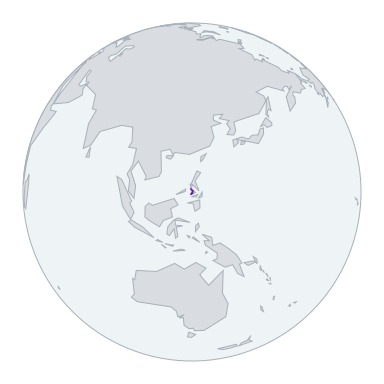 globe centered on Antique, rotated 22°
{"feature_id": "PHL-2526", "entity_name": "Antique", "entity_type": "Province", "adm_level": 1, "iso_a3": "PHL", "parent_name": "Philippines", "parent_adm1": "", "projection": "orthographic", "projection_center": [121.948, 11.272], "detail": "fine", "context": "on_globe", "style": "filled", "palette": "violet", "viewbox_px": 384, "rotation_deg": 22, "n_neighbors": 0, "source": "natural_earth", "source_scale": "10m", "svg_char_len": 9641}
<svg xmlns="http://www.w3.org/2000/svg" viewBox="0 0 384 384"><g transform="rotate(22 192 192)"><circle cx="192" cy="192" r="169" fill="#eef3f6" stroke="#a8b0b8"/><path d="M329.8,254.7L329.6,255.8L329.4,256.0L329.8,254.7ZM283.9,50.2L278.6,47.1L274.2,47.0L278.4,50.8L273.1,47.4L284.9,58.0L286.2,62.8L281.3,55.1L278.2,52.8L277.3,54.6L273.8,52.6L271.4,52.6L267.4,50.3L264.9,46.6L262.2,45.2L261.7,46.7L257.4,45.7L258.5,43.6L251.0,41.9L245.4,36.6L251.6,35.0L245.1,32.1L243.7,31.1L257.6,36.3L271.1,42.7L283.9,50.2ZM350.4,142.4L349.0,138.8L350.2,140.3L350.4,142.4ZM348.0,137.2L348.5,138.3L348.0,137.5L348.0,137.2ZM347.5,136.9L347.8,137.1L347.6,137.3L347.5,136.9ZM347.0,137.2L347.2,136.9L347.2,137.1L347.0,137.2ZM345.7,136.3L345.3,136.0L345.4,135.4L345.7,136.3ZM289.7,54.1L288.4,53.2L287.3,52.5L289.7,54.1ZM282.3,54.4L282.3,53.4L283.5,55.1L282.3,54.4ZM271.8,53.0L272.9,54.0L271.2,53.6L271.8,53.0ZM263.4,49.9L260.4,49.2L263.1,49.2L263.4,49.9ZM258.3,48.4L250.9,47.3L252.6,49.2L243.5,43.6L252.8,46.1L255.8,45.7L255.9,47.0L258.3,48.4ZM242.1,30.7L241.8,30.6L239.6,29.9L242.1,30.7ZM238.3,29.5L238.9,29.8L232.7,28.1L230.9,27.6L231.8,27.8L238.3,29.5ZM229.8,27.3L229.0,27.2L229.8,27.3ZM239.6,40.9L237.4,40.3L239.2,40.3L239.6,40.9ZM242.1,30.9L240.7,30.7L235.3,29.2L234.1,29.0L232.5,28.1L242.1,30.9ZM228.4,27.0L228.2,27.0L227.7,26.9L228.4,27.0ZM228.8,27.3L226.9,26.8L229.2,27.5L225.3,26.7L224.9,26.4L223.4,26.2L222.2,26.0L223.3,26.0L228.8,27.3ZM216.2,24.8L215.5,24.7L214.6,24.6L216.2,24.8ZM221.2,25.6L220.0,25.4L217.2,25.0L218.6,25.1L220.4,25.4L221.2,25.6ZM222.7,26.4L228.8,27.7L228.7,27.8L222.7,26.4ZM213.6,24.5L214.1,24.6L213.1,24.4L213.6,24.5ZM219.6,25.7L221.8,26.1L221.6,26.1L219.6,25.7ZM213.2,24.6L212.7,24.4L214.5,24.6L213.2,24.6ZM215.9,25.0L215.1,25.0L215.5,24.8L216.9,25.2L215.9,25.0ZM219.1,25.7L219.6,25.8L218.2,25.5L219.1,25.7ZM206.5,24.1L206.6,23.8L210.7,24.1L210.0,24.3L206.5,24.1ZM49.9,100.6L47.2,105.5L47.2,107.6L56.8,95.0L56.8,91.1L62.2,84.1L66.5,81.8L67.3,86.3L69.4,83.8L73.4,76.2L78.2,73.1L75.4,73.5L73.1,76.4L71.3,76.9L73.2,74.4L74.8,73.2L75.9,71.2L67.9,78.1L64.8,81.8L64.8,80.8L59.5,87.2L58.7,88.2L67.3,78.0L76.6,68.6L86.6,59.9L97.3,52.1L96.0,53.1L97.2,52.5L102.5,49.2L100.9,50.5L106.4,47.2L107.7,47.6L110.8,44.5L117.0,41.4L121.4,40.1L124.0,38.7L117.0,41.0L113.7,42.5L109.9,44.6L101.5,49.4L101.4,49.4L112.7,42.8L124.5,37.1L135.1,34.0L137.6,34.5L128.0,41.0L123.7,42.1L125.0,40.2L117.8,44.5L121.3,42.9L120.0,44.3L125.6,42.4L125.0,43.3L131.5,40.2L131.3,41.1L127.2,43.1L135.4,41.9L136.8,43.8L139.0,43.1L140.9,41.9L141.4,45.6L142.9,45.0L143.4,43.5L146.9,41.4L153.2,39.4L153.0,40.8L150.7,41.7L145.6,46.0L139.5,48.7L140.1,49.1L145.3,47.2L151.5,41.8L155.4,40.3L153.0,42.7L154.2,41.7L156.0,41.4L157.7,42.5L160.5,40.0L181.1,36.8L186.4,39.3L182.0,41.4L196.2,42.4L201.0,46.3L201.4,44.7L208.5,44.9L207.1,43.6L207.8,42.9L225.4,44.1L229.3,45.9L237.4,45.7L237.6,45.1L235.1,43.6L243.5,43.6L252.6,49.2L251.7,50.3L258.1,53.6L255.0,55.9L255.4,59.7L248.3,61.1L249.2,64.4L251.7,65.4L254.7,71.0L252.7,80.3L243.7,68.4L244.6,56.2L243.4,60.5L240.5,58.4L238.1,59.4L237.4,62.9L239.3,63.9L222.1,65.8L214.2,75.3L222.5,76.0L226.4,80.1L224.7,94.1L204.6,111.3L209.7,119.0L209.2,123.6L203.0,125.6L203.6,118.8L198.4,115.7L199.7,111.9L189.9,113.7L191.3,108.4L183.1,112.8L184.9,117.4L193.0,117.5L185.2,124.2L191.9,133.1L191.3,142.7L175.6,158.1L161.5,161.7L160.4,164.7L155.6,160.5L148.0,165.9L156.1,184.9L155.5,190.0L143.7,198.5L143.7,194.6L130.8,183.4L127.6,195.5L137.3,207.1L140.6,219.7L132.7,214.9L129.5,203.8L125.0,199.5L126.8,188.9L124.2,172.4L116.4,174.3L117.6,168.0L112.9,154.1L101.9,156.5L84.1,170.4L80.6,186.3L74.9,192.4L70.5,167.4L72.7,151.7L68.5,152.2L66.1,137.7L54.6,132.8L55.2,128.6L52.5,129.6L51.3,124.3L53.2,117.7L51.3,117.1L46.8,134.8L49.1,135.6L54.2,130.6L52.3,136.6L53.8,143.4L43.8,155.4L30.5,162.2L33.0,150.0L43.1,115.4L44.9,112.3L45.1,111.9L45.5,111.2L42.4,116.1L45.5,109.8L35.9,132.6L32.6,142.1L30.2,162.8L29.5,164.3L29.9,169.1L35.9,168.1L35.1,172.0L29.9,188.8L25.0,209.7L27.8,227.8L31.3,242.4L32.7,248.2L29.1,236.9L26.4,225.4L24.4,213.7L23.3,201.9L23.1,190.1L23.6,178.3L25.0,166.5L27.2,154.9L30.2,143.5L34.0,132.3L38.5,121.3L43.8,110.8L49.9,100.6ZM64.1,98.7L67.2,101.7L72.7,92.5L74.4,93.1L75.6,89.9L73.1,91.9L77.2,83.8L81.0,82.7L84.2,79.2L83.3,78.1L75.7,81.6L69.7,92.9L66.0,95.6L64.1,98.7ZM199.9,23.2L196.1,23.1L197.0,23.2L192.9,23.3L186.3,23.4L187.8,23.5L184.7,24.0L179.1,24.3L181.9,23.8L173.6,24.7L174.3,24.3L173.3,24.4L171.6,24.4L167.8,24.8L168.8,24.6L166.9,24.9L166.5,25.0L183.2,23.3L199.9,23.2ZM211.0,24.1L210.6,24.1L209.8,24.0L208.5,23.8L209.0,23.9L206.2,23.7L205.8,23.8L203.3,23.6L205.2,24.1L197.1,23.7L193.4,23.4L202.1,23.4L202.9,23.4L211.0,24.1ZM154.7,28.7L156.9,28.1L157.7,28.0L163.8,26.8L163.8,27.3L160.2,28.2L154.7,28.7ZM54.9,96.6L52.9,98.5L53.8,96.9L54.3,96.5L54.9,96.6ZM56.2,91.5L54.3,94.2L55.4,92.6L56.2,91.5ZM155.8,29.1L158.3,28.5L156.7,29.1L155.8,29.1ZM164.1,27.7L162.9,28.3L164.5,27.3L164.1,27.7ZM102.8,329.5L106.3,331.6L104.6,331.3L102.8,329.5ZM37.4,245.6L44.1,269.7L42.3,268.3L38.4,260.2L33.6,245.1L34.6,242.4L34.2,236.1L37.4,245.6ZM183.3,252.0L188.6,253.2L188.4,253.9L183.3,252.0ZM177.8,248.9L183.8,249.7L176.9,250.5L177.8,248.9ZM186.1,250.0L192.2,249.0L194.8,248.0L194.4,249.6L186.1,250.0ZM173.8,248.6L152.4,246.2L144.1,243.2L146.0,240.6L159.4,242.9L173.8,248.6ZM145.3,240.5L132.8,231.0L116.5,205.6L122.3,206.8L139.5,223.1L138.4,225.4L145.9,232.6L145.3,240.5ZM176.1,229.2L175.0,236.4L163.1,234.5L157.7,232.8L154.0,223.0L156.1,218.4L160.4,219.1L177.9,204.7L183.9,209.2L178.4,215.5L183.3,222.4L176.1,229.2ZM81.0,188.0L83.4,198.3L80.4,199.3L81.0,188.0ZM185.5,194.1L178.1,200.4L185.0,191.7L185.5,194.1ZM189.8,185.6L190.0,189.2L187.3,185.5L189.8,185.6ZM159.8,169.6L155.2,169.9L155.3,167.4L161.3,165.5L159.8,169.6ZM190.8,151.1L189.9,158.3L188.7,160.6L187.0,156.0L190.8,151.1ZM159.6,35.7L151.1,36.5L145.1,38.1L141.7,40.3L142.8,37.8L152.2,35.3L159.6,35.7ZM178.5,36.4L181.4,34.9L182.6,35.7L182.1,36.1L178.5,36.4ZM178.5,35.4L177.5,33.4L180.7,32.7L180.9,34.4L178.5,35.4ZM166.3,30.3L163.8,30.4L165.1,29.7L166.3,30.3ZM290.0,316.6L291.7,317.4L286.9,321.7L280.3,326.2L274.3,327.9L290.0,316.6ZM242.0,328.0L241.6,323.1L248.7,322.8L245.9,327.1L242.0,328.0ZM294.5,313.1L298.9,308.5L300.4,302.9L300.0,307.9L303.6,307.7L293.2,316.9L294.5,313.1ZM215.5,306.4L182.5,314.2L175.2,312.2L176.7,308.1L169.3,294.3L171.7,294.8L169.7,285.6L189.0,278.9L202.7,264.7L213.8,266.4L222.0,255.9L233.5,257.3L230.2,265.9L242.4,272.3L250.3,253.1L258.1,274.3L267.2,281.9L270.1,294.9L255.1,315.8L246.2,319.7L244.3,317.8L240.6,319.8L234.7,318.7L231.0,311.7L227.4,313.7L230.8,308.7L225.6,313.1L222.4,308.5L215.5,306.4ZM298.3,272.0L300.1,272.5L303.0,276.1L300.1,275.5L298.3,272.0ZM325.2,259.3L326.0,260.9L324.2,261.5L325.2,259.3ZM329.4,256.0L327.2,256.8L329.8,254.7L329.4,256.0ZM307.4,259.7L308.4,261.0L307.6,261.5L307.4,259.7ZM306.7,259.3L307.8,257.2L307.6,259.3L306.7,259.3ZM298.1,248.0L299.2,247.0L299.7,247.8L298.1,248.0ZM196.4,253.9L203.7,248.9L207.7,248.7L196.4,253.9ZM296.5,245.7L293.8,245.5L294.1,244.4L296.5,245.7ZM296.7,243.1L296.4,241.5L298.1,245.2L296.7,243.1ZM291.5,239.5L294.8,242.4L291.1,239.8L291.5,239.5ZM289.5,239.8L287.1,238.5L287.3,238.1L289.5,239.8ZM263.0,241.1L271.9,250.9L264.8,250.4L256.9,244.2L250.9,249.3L237.1,247.7L240.2,244.5L238.3,239.2L224.3,236.2L221.4,232.6L226.4,230.7L217.2,227.4L227.2,226.6L231.4,233.8L237.1,228.7L247.1,230.7L256.9,233.6L264.9,239.2L263.0,241.1ZM227.4,241.8L229.1,242.0L227.6,243.9L227.4,241.8ZM282.6,234.6L286.0,238.1L285.6,238.9L284.0,238.3L282.6,234.6ZM266.7,238.0L275.2,232.7L277.2,232.9L271.6,239.1L266.7,238.0ZM273.1,228.9L277.1,229.8L279.2,233.2L278.4,234.0L273.1,228.9ZM206.9,233.9L206.5,235.8L203.9,234.1L206.9,233.9ZM210.2,233.0L218.0,235.7L209.5,234.6L210.2,233.0ZM186.8,224.3L189.0,229.1L196.1,226.8L190.7,230.5L195.6,238.4L194.0,241.1L189.1,232.6L187.5,240.8L184.4,240.4L182.6,233.0L185.7,224.6L188.9,221.2L201.7,220.9L186.8,224.3ZM210.1,227.4L208.0,221.9L209.6,218.5L211.8,221.5L210.1,227.4ZM202.1,208.7L196.9,202.1L191.9,204.0L202.1,196.4L205.4,203.9L202.1,208.7ZM197.9,194.9L193.3,196.6L198.2,192.1L197.9,194.9ZM192.2,194.5L191.8,190.2L195.4,191.1L192.2,194.5ZM200.3,195.3L201.4,188.2L203.1,192.6L200.3,195.3ZM190.7,180.6L198.1,188.3L188.2,184.4L188.6,170.7L192.8,170.8L190.7,180.6ZM219.3,129.7L218.7,126.1L222.7,125.6L222.0,128.3L219.3,129.7ZM235.4,122.3L223.6,124.4L214.0,126.7L216.7,128.6L214.0,134.6L210.3,128.4L217.5,122.4L224.6,121.8L226.3,117.0L231.9,114.2L231.5,108.1L234.2,105.8L236.7,111.4L235.4,122.3ZM231.1,105.6L232.5,95.4L239.9,97.8L241.2,100.5L237.5,104.0L233.8,102.5L231.1,105.6ZM235.0,93.8L231.5,92.4L226.1,77.7L226.8,75.3L234.8,87.0L231.9,86.4L231.9,89.9L235.0,93.8ZM237.8,41.1L237.5,40.4L239.1,41.2L237.8,41.1ZM206.9,42.2L208.2,41.5L210.0,42.2L206.9,42.2ZM212.7,39.9L209.7,39.5L212.9,39.3L212.7,39.9ZM203.0,39.0L208.6,39.1L203.1,39.9L203.0,39.0Z" fill="#d9dde1" stroke="#a8b0b8" stroke-width="1"/><path d="M192.2,194.4L192.1,194.5L191.9,194.4L192.0,194.3L192.1,194.0L192.1,193.9L192.1,193.7L192.0,193.4L192.0,193.2L192.3,192.8L192.3,192.6L192.3,192.1L192.3,191.9L192.3,191.7L192.4,191.4L192.5,190.9L192.4,190.8L192.4,190.7L192.2,190.6L191.9,190.6L191.7,190.5L191.8,190.5L191.9,190.4L192.0,190.4L192.3,190.4L192.4,190.5L192.5,190.5L192.6,190.8L192.6,191.0L192.5,191.3L192.6,191.5L192.7,191.8L192.7,192.0L192.7,192.3L192.8,192.3L193.0,192.5L193.1,192.8L193.0,193.0L192.9,193.1L192.8,193.3L192.7,193.4L192.7,193.5L192.4,193.7L192.3,193.8L192.2,193.9L192.2,194.0L192.2,194.3L192.2,194.4ZM190.4,189.7L190.5,189.7L190.5,189.8L190.4,189.8L190.3,189.7L190.4,189.7ZM190.6,190.2L190.7,190.3L190.8,190.3L190.7,190.4L190.5,190.2L190.6,190.2Z" fill="#8b5cf6" stroke="#5b21b6" stroke-width="1.5"/></g></svg>